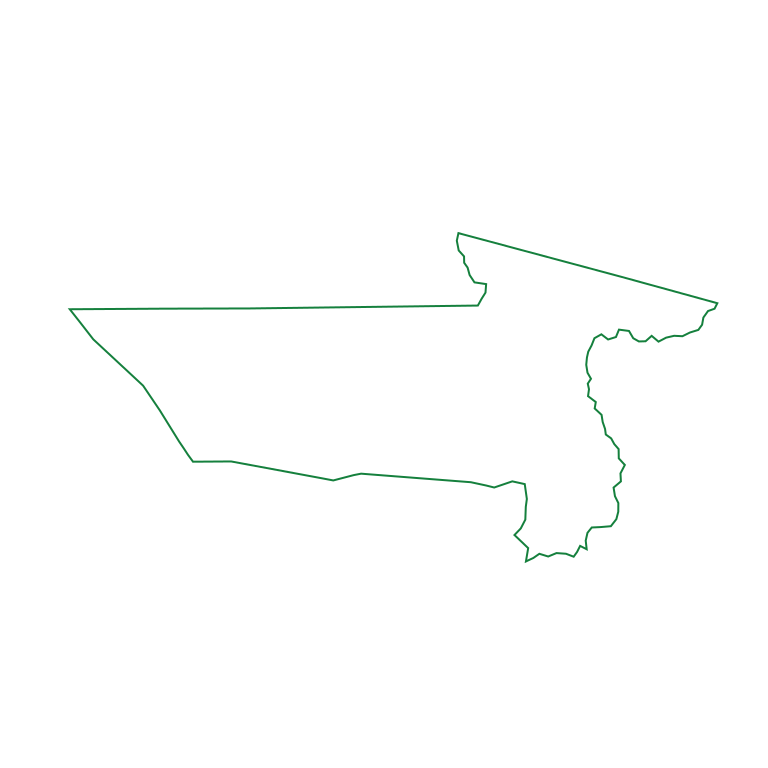 Tufilândia, Maranhão, Brazil, rotated 97°
{"feature_id": "56859067B40819764900175", "entity_name": "Tufilândia", "entity_type": "district", "adm_level": 2, "iso_a3": "BRA", "parent_name": "Brazil", "parent_adm1": "Maranhão", "projection": "robinson", "projection_center": [-45.575, -3.771], "detail": "fine", "context": "isolated", "style": "outline", "palette": "green", "viewbox_px": 768, "rotation_deg": 97, "n_neighbors": 0, "source": "geoboundaries", "source_scale": "gbopen_adm2", "svg_char_len": 1405}
<svg xmlns="http://www.w3.org/2000/svg" viewBox="0 0 768 768"><g transform="rotate(97 384 384)"><path d="M225.2,328.5L232.9,329.2L242.4,326.1L247.6,320.1L253.9,319.2L258.3,315.2L265.4,312.3L272.1,306.6L272.4,294.8L280.9,294.4L287.5,297.5L294.7,300.4L325.4,526.7L336.0,611.2L348.1,705.0L360.5,692.5L375.1,678.0L415.0,622.9L437.5,603.3L466.0,580.4L472.3,574.9L478.1,570.0L484.4,564.1L479.5,526.3L485.2,433.3L485.9,422.6L478.1,402.9L475.8,395.8L470.9,285.8L472.3,270.2L473.3,262.0L465.0,244.8L466.2,232.1L480.7,228.2L488.6,228.3L501.4,227.2L510.6,230.6L518.0,236.1L529.3,220.9L542.8,221.5L538.5,214.6L533.6,209.1L535.2,200.0L530.8,192.2L530.3,182.7L532.3,174.7L527.2,171.9L520.8,169.6L523.3,162.7L514.9,164.7L506.9,163.9L501.1,160.3L499.6,151.5L497.5,141.5L489.8,136.9L482.2,135.9L473.6,136.9L467.2,141.1L458.8,143.5L451.8,137.0L443.9,138.4L435.0,135.1L429.2,141.9L420.0,143.2L415.6,148.1L410.3,151.9L407.1,157.7L401.7,159.1L395.1,162.3L388.1,164.3L382.6,171.9L376.1,171.6L371.2,180.0L364.2,179.9L358.8,181.8L353.6,179.2L348.0,183.4L340.3,185.6L333.0,185.8L327.0,185.2L320.5,182.7L312.9,180.7L308.2,174.3L312.5,167.0L309.1,159.5L301.4,157.4L301.5,147.3L308.2,142.2L310.7,136.2L309.7,129.6L303.6,124.2L308.5,116.7L303.6,109.6L300.8,101.9L300.2,93.6L295.6,86.6L292.0,78.6L286.4,75.5L279.1,75.1L272.1,71.3L269.0,65.1L263.2,63.0L248.8,160.8L225.2,328.5Z" fill="none" stroke="#15803d" stroke-width="2"/></g></svg>